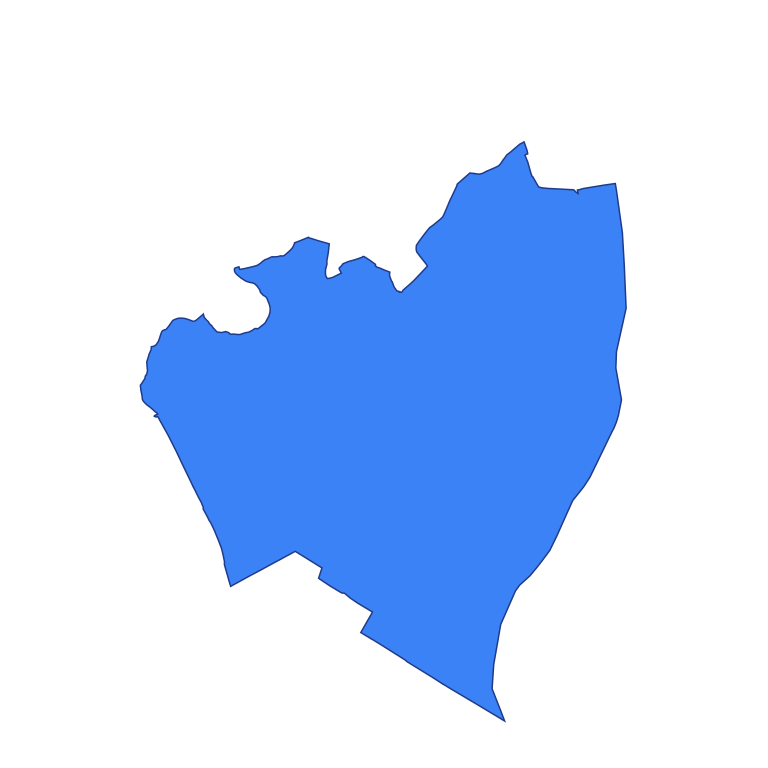 Oltina, Constanta, Romania (Natural Earth projection), rotated 110°
{"feature_id": "2599482B63445954595990", "entity_name": "Oltina", "entity_type": "district", "adm_level": 2, "iso_a3": "ROU", "parent_name": "Romania", "parent_adm1": "Constanta", "projection": "natural_earth1", "projection_center": [27.643, 44.146], "detail": "fine", "context": "isolated", "style": "filled", "palette": "blue", "viewbox_px": 768, "rotation_deg": 110, "n_neighbors": 0, "source": "geoboundaries", "source_scale": "gbopen_adm2", "svg_char_len": 5175}
<svg xmlns="http://www.w3.org/2000/svg" viewBox="0 0 768 768"><g transform="rotate(110 384 384)"><path d="M626.6,458.9L611.3,445.5L598.1,433.7L571.6,410.2L578.0,379.6L578.0,379.4L589.0,379.0L592.3,365.4L594.2,355.6L594.8,352.3L594.1,349.6L596.8,342.2L598.9,333.9L602.2,316.9L605.1,317.3L625.5,320.8L628.0,308.2L627.9,308.1L629.7,299.4L636.2,269.4L637.1,267.2L643.6,235.8L646.0,225.5L645.9,225.4L647.5,217.6L654.5,180.7L659.0,157.7L659.4,155.4L651.2,162.5L633.4,178.2L609.9,185.0L587.8,188.9L585.5,189.3L576.2,191.0L570.1,192.1L539.6,190.1L533.5,189.7L526.5,187.7L514.2,181.2L502.7,177.1L497.0,175.3L491.4,173.6L483.7,171.3L467.6,169.6L444.8,168.0L428.9,166.8L420.7,164.0L412.4,161.2L401.2,158.6L390.3,157.5L387.0,157.1L381.9,156.6L375.9,156.0L367.2,155.1L356.4,154.0L348.1,153.1L347.8,152.9L340.8,152.6L333.3,153.0L317.7,155.4L303.7,163.5L289.7,171.6L274.2,176.6L229.9,182.4L230.0,182.4L211.9,189.9L190.8,198.6L160.4,211.7L153.0,215.6L147.4,218.6L129.3,228.2L122.2,232.0L116.5,235.2L122.0,245.5L128.8,257.6L132.2,263.6L132.7,264.3L134.2,266.4L134.3,266.5L135.6,268.6L138.6,266.8L138.0,269.4L136.6,272.1L143.2,293.7L143.3,294.0L144.1,296.6L144.2,297.1L144.3,297.3L144.7,299.0L144.8,299.5L145.1,300.4L145.4,301.7L145.7,303.1L145.9,306.1L142.2,310.6L138.4,315.0L138.4,315.7L135.9,317.9L126.3,324.8L120.8,329.8L120.1,329.5L118.6,327.7L117.6,328.2L115.4,329.6L108.6,335.2L112.4,338.6L112.5,338.6L116.7,341.0L120.0,342.9L123.1,344.6L124.9,345.8L126.8,347.0L131.3,348.2L132.4,348.7L133.3,348.8L136.8,349.7L139.6,350.8L140.2,351.3L143.1,354.1L149.0,360.4L152.2,363.3L153.3,364.8L154.5,366.9L155.4,371.6L155.5,371.5L156.3,375.4L161.7,378.4L171.0,383.5L173.7,383.4L185.7,384.5L187.7,384.8L198.3,385.3L204.7,385.7L206.9,386.0L207.8,386.4L210.2,387.6L218.1,392.3L220.7,394.1L221.5,394.6L224.3,395.6L229.4,397.3L236.3,399.4L242.6,401.0L245.5,400.2L247.1,399.5L248.8,398.3L249.6,397.0L251.8,393.7L257.1,385.0L258.4,383.5L273.1,389.8L277.1,391.6L281.0,393.6L289.3,398.2L291.0,398.5L291.9,398.9L292.0,399.6L291.8,400.7L292.4,400.9L291.9,402.5L292.1,403.7L289.6,407.4L288.0,408.9L285.1,411.3L284.7,412.1L283.0,413.6L280.5,415.7L279.0,416.3L276.9,416.8L276.8,422.6L276.5,427.1L276.6,430.6L276.3,431.4L276.0,432.5L275.0,432.6L274.4,433.2L273.3,437.2L272.6,439.6L271.4,444.6L271.1,446.7L271.6,447.6L272.4,447.9L277.4,454.1L281.2,459.5L285.1,463.7L288.1,464.6L289.8,465.6L291.1,465.6L294.4,462.0L297.5,465.0L301.1,468.4L303.3,471.3L304.3,473.5L302.0,475.9L299.5,477.1L296.8,478.0L290.9,478.6L287.9,479.8L279.5,481.3L271.0,483.4L271.8,493.9L272.1,500.9L272.3,504.8L272.0,505.2L279.7,513.7L281.8,516.3L282.9,516.2L285.3,516.3L287.9,516.8L290.9,518.1L295.2,520.4L297.4,521.7L298.4,523.0L299.0,525.1L300.3,526.9L300.7,527.6L301.8,529.9L302.2,531.0L302.7,532.6L303.6,533.8L304.3,534.4L306.7,536.8L307.4,537.8L308.0,538.4L309.9,539.8L312.3,541.1L314.4,542.5L315.0,543.0L316.3,544.2L317.8,546.3L319.9,549.4L323.1,554.3L325.0,557.5L325.6,558.8L323.5,560.4L325.3,562.8L326.2,563.8L327.3,563.9L329.3,562.9L330.5,561.5L331.5,559.7L333.3,554.7L334.5,549.5L334.6,547.4L334.3,543.9L333.9,541.8L334.0,540.5L334.4,538.6L334.9,538.1L335.5,536.5L336.5,535.1L338.2,532.8L339.9,531.7L340.7,530.5L341.2,529.1L341.3,529.1L342.0,527.7L342.2,526.0L342.6,524.6L343.8,523.1L346.3,520.9L347.6,519.7L349.1,518.5L351.8,516.8L353.1,516.4L355.5,515.7L358.2,515.5L359.9,515.4L361.3,515.7L365.0,516.2L367.6,516.7L369.2,517.6L371.3,519.0L373.6,520.3L374.8,521.1L375.6,522.2L375.8,523.3L375.7,523.3L376.0,524.2L376.9,524.9L378.9,526.4L381.5,528.8L382.3,530.1L383.0,531.5L384.0,532.8L386.7,536.2L387.5,538.2L387.9,540.0L388.6,542.7L389.3,544.1L389.6,544.9L389.6,545.9L388.9,547.3L388.8,548.7L388.9,550.7L389.7,552.0L390.3,552.7L391.2,554.2L392.2,558.5L391.4,560.4L390.3,562.4L389.7,563.7L389.3,564.2L388.1,565.9L387.2,568.3L386.4,569.5L385.6,570.3L384.7,572.4L383.6,574.4L383.0,575.3L382.9,575.7L382.7,575.8L381.5,576.7L380.9,577.1L380.1,577.7L380.4,577.8L380.6,577.9L380.8,578.0L385.8,580.9L388.3,582.3L389.8,583.7L390.4,584.7L390.3,589.3L390.4,591.7L390.6,593.9L391.2,596.3L392.2,599.0L393.2,600.7L395.3,603.1L396.4,604.1L397.5,604.5L403.1,606.0L405.2,606.7L406.6,607.2L407.4,607.6L408.5,609.2L409.7,610.3L410.5,610.6L412.3,610.8L415.6,610.7L417.9,610.6L419.9,610.6L421.1,610.6L423.8,611.2L425.3,611.7L426.3,612.4L427.5,613.6L428.6,615.4L431.2,614.6L436.2,614.9L440.9,614.6L444.2,614.5L446.6,613.5L450.6,611.7L452.1,610.9L453.7,610.6L456.3,610.3L457.1,610.8L458.4,611.0L459.0,610.9L460.4,610.5L464.3,611.4L466.9,612.0L468.6,612.5L473.2,610.2L477.7,607.4L478.9,606.8L480.5,606.1L481.4,605.5L482.4,604.3L483.5,602.4L484.9,599.2L485.6,596.6L487.1,592.4L488.2,589.9L489.0,587.4L489.6,586.5L489.9,586.3L491.2,587.9L491.9,588.6L492.5,588.9L493.0,588.8L492.8,587.9L493.0,587.5L493.0,587.1L492.7,586.5L492.2,585.6L492.6,584.6L494.4,582.7L506.1,569.2L514.2,560.6L518.7,555.8L528.6,545.8L538.7,535.4L545.5,528.5L545.4,528.5L553.9,519.6L557.7,515.3L560.5,512.8L561.7,511.6L563.3,511.2L569.3,504.4L572.1,501.6L572.9,500.2L577.6,495.3L580.5,492.5L587.8,485.9L593.9,480.6L596.2,479.0L597.8,478.0L599.4,476.9L605.4,473.2L608.3,472.2L623.4,461.3L626.0,459.3L626.6,458.9L626.6,458.9Z" fill="#3b82f6" stroke="#1e3a8a" stroke-width="1.5"/></g></svg>